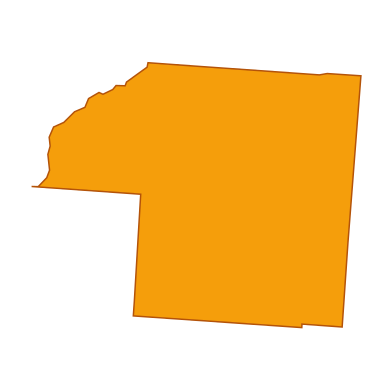 outline of Woodward, Oklahoma, United States of America, rotated 274°
{"feature_id": "52423323B19175534214846", "entity_name": "Woodward", "entity_type": "district", "adm_level": 2, "iso_a3": "USA", "parent_name": "United States of America", "parent_adm1": "Oklahoma", "projection": "natural_earth1", "projection_center": [-99.212, 36.491], "detail": "fine", "context": "isolated", "style": "filled", "palette": "amber", "viewbox_px": 384, "rotation_deg": 274, "n_neighbors": 0, "source": "geoboundaries", "source_scale": "gbopen_adm2", "svg_char_len": 546}
<svg xmlns="http://www.w3.org/2000/svg" viewBox="0 0 384 384"><g transform="rotate(274 192 192)"><path d="M64.3,142.1L64.3,155.5L64.4,311.0L67.9,310.9L67.8,351.2L152.0,351.1L319.7,352.4L319.6,318.6L317.7,310.9L317.8,184.0L317.9,139.1L313.4,138.5L297.1,119.0L293.3,117.9L292.9,108.8L288.7,105.8L283.3,96.4L284.8,92.3L278.0,82.3L269.0,79.3L263.9,69.3L252.5,59.3L247.2,49.4L236.7,45.7L227.9,47.3L219.5,45.6L203.8,48.4L196.1,46.1L186.6,38.2L186.3,31.6L186.2,141.0L78.5,142.1L64.3,142.1Z" fill="#f59e0b" stroke="#b45309" stroke-width="1.5"/></g></svg>